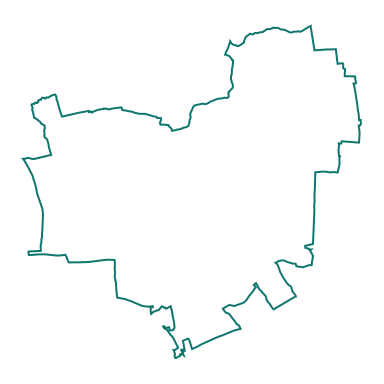 Vinderei, Vaslui, Romania
{"feature_id": "2599482B12696403630714", "entity_name": "Vinderei", "entity_type": "district", "adm_level": 2, "iso_a3": "ROU", "parent_name": "Romania", "parent_adm1": "Vaslui", "projection": "robinson", "projection_center": [27.79, 46.151], "detail": "fine", "context": "isolated", "style": "outline", "palette": "teal", "viewbox_px": 384, "rotation_deg": 0, "n_neighbors": 0, "source": "geoboundaries", "source_scale": "gbopen_adm2", "svg_char_len": 5881}
<svg xmlns="http://www.w3.org/2000/svg" viewBox="0 0 384 384"><path d="M339.5,157.8L340.0,156.3L339.0,156.2L338.7,153.3L338.7,150.6L338.5,149.7L339.1,144.7L338.7,143.4L341.2,143.5L341.8,141.3L359.0,142.6L359.6,133.4L359.3,130.1L358.7,125.5L360.1,125.3L360.9,124.0L361.0,123.2L360.7,122.1L360.6,119.9L359.1,120.1L358.6,113.7L357.8,110.0L357.4,105.4L356.6,100.1L354.4,86.5L353.5,83.6L356.0,83.3L355.2,78.6L355.1,76.4L344.8,76.2L344.7,74.1L345.2,69.4L343.1,68.1L343.2,63.8L342.4,63.2L337.6,63.8L335.8,49.2L328.3,49.5L327.1,49.4L314.5,50.4L311.2,29.7L310.6,27.1L310.7,26.0L308.3,27.1L302.2,30.9L301.0,31.5L299.9,31.7L298.2,31.3L296.2,31.7L293.8,31.7L292.2,32.3L290.5,32.5L289.2,32.1L285.4,30.1L283.8,29.6L281.0,29.5L277.7,27.8L275.3,28.0L273.4,27.6L270.9,28.8L269.6,29.2L267.7,29.0L266.8,29.3L265.4,30.1L265.0,30.7L263.7,31.1L263.1,31.9L261.7,32.3L260.6,32.2L258.8,32.7L258.0,33.1L255.1,33.0L253.9,33.6L253.1,34.3L252.4,34.5L250.0,33.7L248.1,35.3L246.7,36.1L245.3,37.8L244.0,41.4L244.1,42.3L243.9,42.5L240.9,44.7L238.4,46.1L237.0,46.0L236.1,45.2L234.6,45.2L233.3,44.7L231.4,43.4L230.5,41.7L230.1,41.3L230.1,42.1L229.2,44.2L228.2,47.6L226.9,50.6L226.1,51.9L225.1,54.7L226.0,54.7L229.3,56.1L230.3,57.0L231.1,58.5L232.4,59.6L232.2,60.1L233.1,60.5L232.7,65.7L232.1,68.5L231.8,71.8L231.8,73.3L231.7,74.5L231.0,75.8L231.1,77.3L231.0,77.9L231.0,79.3L231.5,80.4L231.4,80.9L231.8,82.3L232.7,84.2L232.9,86.8L232.4,88.2L232.0,88.6L230.4,90.1L229.5,91.4L228.6,91.8L228.4,92.7L228.6,93.5L228.4,94.7L228.8,95.8L228.7,96.7L227.6,97.9L223.8,97.9L220.9,98.6L219.6,98.5L216.0,99.4L212.4,100.9L211.5,101.4L210.0,101.7L209.5,102.4L206.2,104.0L205.1,104.1L203.1,103.7L200.5,104.1L195.0,105.3L193.7,106.2L193.1,107.2L190.2,113.8L190.6,117.8L189.6,120.3L189.3,123.0L188.3,125.9L187.5,126.5L186.0,127.2L183.7,127.7L182.1,128.5L181.4,128.5L180.3,129.2L176.9,129.6L176.0,130.1L172.0,130.8L171.7,129.3L170.4,127.5L168.7,126.2L168.5,125.1L163.9,124.6L160.5,124.7L159.9,122.4L160.6,121.1L161.1,119.5L160.8,118.0L157.4,118.1L156.9,117.8L156.7,116.9L153.8,116.4L145.3,113.9L141.3,113.9L138.1,113.6L134.3,112.6L131.7,111.6L128.4,111.2L125.4,110.4L122.8,110.2L122.1,109.8L121.6,107.8L121.3,107.4L112.7,108.5L109.4,109.3L107.6,109.2L106.5,108.7L103.8,108.5L103.6,109.1L101.4,109.2L97.8,109.9L95.1,110.9L91.9,112.5L91.7,111.6L88.9,112.1L88.8,110.9L79.6,112.6L62.0,116.6L60.4,112.1L57.8,103.0L57.5,101.5L56.6,99.8L56.4,96.9L55.2,94.5L52.0,95.3L48.1,97.6L47.0,97.4L46.2,97.6L45.8,97.9L45.8,98.5L45.6,98.6L45.1,98.6L44.7,98.2L44.0,97.9L42.3,97.7L41.2,98.8L41.0,99.7L40.2,99.6L38.3,100.4L38.1,100.8L38.4,101.5L37.2,103.0L36.6,103.0L35.7,102.5L34.9,103.0L34.4,103.9L33.3,103.7L31.5,104.5L31.9,106.1L32.3,106.5L32.4,107.0L32.6,108.3L32.4,108.5L32.1,109.4L32.9,111.9L32.9,112.4L33.3,113.3L34.1,117.8L34.3,118.0L35.4,118.2L36.7,119.3L37.7,119.7L38.0,120.3L40.5,122.1L40.8,123.2L44.7,125.7L44.8,128.2L44.2,130.5L44.5,134.8L44.5,135.5L44.2,135.9L44.9,137.6L46.5,138.5L47.5,140.6L48.4,143.9L49.0,147.6L51.2,154.9L34.4,158.9L32.7,159.0L28.4,157.9L26.2,158.2L24.8,158.8L23.0,158.8L24.2,160.3L28.4,167.6L32.6,175.8L33.6,179.5L34.9,183.3L36.4,189.2L36.8,192.1L37.4,194.3L42.5,209.2L43.0,214.3L42.3,230.8L41.9,235.0L42.2,236.8L41.6,238.1L41.4,240.4L41.5,242.5L40.9,243.6L40.7,246.1L40.8,250.9L28.6,251.5L28.4,252.2L28.8,254.9L31.1,255.0L38.3,254.4L44.7,254.3L57.4,255.6L61.7,255.3L65.4,254.8L66.7,257.4L67.7,260.2L68.7,262.4L81.1,262.3L83.1,262.1L84.6,262.2L88.9,262.0L103.4,260.1L108.2,259.7L114.4,259.9L114.6,260.2L114.9,262.2L114.7,269.7L115.1,272.0L114.7,277.6L115.4,279.3L115.2,280.6L115.9,282.0L116.5,291.6L117.2,297.6L125.2,299.1L131.5,301.4L141.9,305.8L145.0,306.4L147.7,306.6L150.8,306.5L152.6,306.1L152.8,307.1L150.5,307.5L150.9,313.1L151.0,313.8L151.2,314.0L153.4,311.8L155.5,311.2L157.1,310.3L158.4,310.1L159.1,309.7L161.2,307.0L161.8,306.4L163.3,306.8L163.8,307.5L164.2,307.7L165.2,307.6L165.6,308.5L166.2,308.5L167.1,308.2L170.6,306.2L172.0,311.3L172.4,313.5L172.2,313.5L174.1,322.5L174.5,327.8L173.6,329.0L173.6,329.7L173.0,330.1L170.5,330.5L169.7,330.3L169.3,328.4L169.5,328.1L169.2,327.4L168.6,327.1L167.6,327.4L165.9,328.3L165.4,328.1L164.8,326.9L164.2,326.4L163.4,326.2L163.1,326.7L164.7,328.7L167.0,329.6L169.0,332.8L170.6,334.9L172.9,337.3L178.1,347.7L174.5,350.3L173.6,350.1L174.7,352.9L174.9,354.2L174.8,355.5L174.5,356.0L174.9,357.7L175.5,358.0L176.4,357.9L177.7,356.9L180.4,355.7L180.5,355.4L180.2,354.4L181.1,354.3L181.9,353.6L182.2,353.5L182.9,354.6L183.6,355.2L182.9,353.3L181.9,351.9L181.8,351.2L181.4,350.6L181.2,349.8L182.6,349.7L183.3,349.9L183.9,351.4L184.7,350.9L183.0,340.8L184.1,340.2L188.1,338.6L188.7,339.0L189.7,341.4L192.1,349.0L196.6,347.0L201.7,344.2L217.0,337.3L223.3,335.0L234.4,330.4L240.6,328.8L239.2,325.9L238.4,325.0L236.6,324.0L234.8,321.2L232.5,318.4L229.8,314.6L228.6,313.6L225.8,312.6L223.4,309.6L222.9,308.6L229.2,305.0L234.6,306.0L237.2,304.9L243.4,302.8L245.7,300.9L246.8,299.6L248.9,296.3L253.2,291.0L254.3,289.1L255.9,287.3L253.8,285.1L256.0,283.1L258.0,286.4L258.5,287.9L259.6,289.6L261.6,291.2L261.7,292.0L262.0,292.4L262.5,292.7L265.7,296.2L266.1,297.2L266.5,299.5L267.7,301.7L269.1,303.1L272.7,308.5L273.6,309.4L293.0,297.9L295.2,296.7L295.8,296.6L295.6,295.5L292.5,291.4L291.5,287.9L291.0,286.7L289.9,285.7L288.9,285.2L287.2,283.5L282.9,277.1L281.3,273.9L280.5,272.8L278.1,265.8L276.8,263.9L275.6,262.7L276.9,262.3L278.4,261.2L279.0,261.0L281.7,260.4L284.0,260.4L286.3,261.6L292.7,263.6L295.6,263.7L296.5,266.3L303.4,267.3L303.5,267.1L308.9,265.2L311.7,265.1L312.1,260.6L312.5,259.6L312.8,257.8L312.6,257.3L313.1,256.7L313.2,256.2L310.1,250.5L311.3,249.5L309.3,249.5L308.7,249.2L308.8,248.7L305.3,247.8L305.1,245.9L313.0,244.0L314.4,209.9L314.2,205.2L314.6,201.6L314.4,196.0L314.9,188.4L315.3,172.3L320.2,171.9L321.5,171.6L325.7,171.7L329.8,172.4L333.5,172.0L337.6,172.5L339.5,164.7L339.6,163.5L339.4,161.0L339.5,157.8Z" fill="none" stroke="#0f766e" stroke-width="2"/></svg>